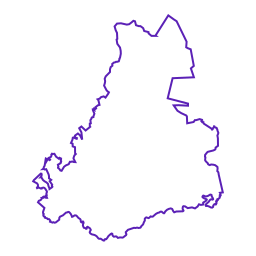 Landa de Matamoros, Querétaro, Mexico (Albers equal-area conic projection)
{"feature_id": "50627088B98112130077485", "entity_name": "Landa de Matamoros", "entity_type": "district", "adm_level": 2, "iso_a3": "MEX", "parent_name": "Mexico", "parent_adm1": "Querétaro", "projection": "albers", "projection_center": [-99.184, 21.282], "detail": "fine", "context": "isolated", "style": "outline", "palette": "violet", "viewbox_px": 256, "rotation_deg": 0, "n_neighbors": 0, "source": "geoboundaries", "source_scale": "gbopen_adm2", "svg_char_len": 5829}
<svg xmlns="http://www.w3.org/2000/svg" viewBox="0 0 256 256"><path d="M141.2,226.3L143.1,224.4L143.9,222.2L144.8,220.6L144.8,218.7L145.7,217.7L146.3,217.4L148.5,218.1L149.2,217.8L150.6,216.4L151.8,216.7L152.8,216.6L155.9,213.9L157.7,212.9L159.2,212.5L160.4,211.7L161.7,211.7L163.4,213.1L164.0,213.3L164.4,213.0L165.2,211.5L167.0,209.8L168.8,208.9L170.8,208.4L172.2,209.0L173.3,211.3L174.2,212.3L176.4,211.5L182.8,211.3L183.4,210.9L183.5,210.5L182.7,209.1L182.6,208.2L182.9,206.7L183.4,206.2L185.1,206.4L187.7,208.1L192.0,207.4L195.0,208.4L197.6,206.5L199.0,204.3L200.8,204.9L203.1,204.6L203.4,204.1L203.1,203.0L203.2,202.6L205.6,201.1L206.3,200.4L206.8,199.7L206.6,199.3L204.3,198.4L202.6,197.3L202.5,196.5L203.1,195.7L203.6,195.6L205.3,196.4L206.2,196.4L207.8,196.0L210.2,194.6L211.0,194.7L211.6,195.1L211.7,196.3L212.8,198.1L213.1,198.9L213.1,199.3L212.6,199.6L211.1,199.3L210.4,199.6L209.7,200.3L208.7,201.8L206.4,203.8L205.8,204.6L205.6,205.3L206.0,206.0L207.4,205.9L209.1,206.5L211.0,207.5L212.2,207.6L213.1,206.9L213.3,205.5L214.4,204.2L215.5,203.9L215.9,204.4L216.0,204.3L216.5,203.2L216.2,201.8L216.7,201.7L216.8,201.5L216.4,201.0L216.4,200.6L217.6,200.0L217.3,199.3L217.4,199.1L217.8,199.1L218.2,199.4L218.7,198.5L219.6,197.9L219.9,196.9L219.7,196.3L220.2,196.1L220.7,195.2L220.0,194.7L220.3,194.2L220.4,193.5L220.0,192.8L222.8,192.4L218.7,174.5L218.5,173.0L218.2,172.0L217.3,171.1L217.6,168.4L217.4,166.9L215.2,165.2L213.3,164.7L211.1,164.5L209.8,165.1L208.6,164.6L208.1,164.2L207.9,163.4L205.7,161.2L205.1,160.1L205.4,157.3L205.0,156.8L205.1,154.9L207.2,152.3L207.9,151.8L213.2,150.5L214.8,149.8L215.5,149.0L215.6,147.6L218.0,145.8L217.9,138.3L217.4,135.5L218.2,133.6L218.3,132.6L217.5,130.7L217.3,129.4L216.7,128.6L216.8,128.2L216.0,127.6L214.6,127.3L214.4,126.4L214.1,126.3L213.8,127.2L213.2,127.8L212.6,129.3L212.1,129.6L211.3,128.5L203.9,123.7L203.4,122.7L202.9,122.5L203.1,122.2L202.4,122.0L202.5,121.4L202.3,121.3L202.0,121.7L201.4,121.2L201.9,119.8L199.6,119.1L196.2,120.1L194.9,120.1L193.6,122.0L187.2,123.3L186.9,116.5L186.3,115.5L181.2,113.1L177.5,110.8L173.7,105.4L178.5,105.2L188.0,105.7L188.0,103.6L167.7,98.3L172.6,78.2L193.9,77.3L190.9,68.4L193.8,65.9L190.7,49.3L188.0,48.3L186.2,47.3L186.6,41.7L176.6,21.2L173.8,19.4L168.3,15.4L155.5,35.6L155.9,35.9L151.5,35.9L148.6,33.4L148.5,32.1L144.2,31.0L143.2,28.2L141.8,27.1L140.4,26.1L138.7,26.1L136.0,25.2L135.0,21.3L133.4,20.8L131.8,22.2L129.2,24.2L126.8,24.6L121.0,23.3L117.0,23.6L114.6,26.4L115.7,30.2L117.0,32.9L117.3,38.9L116.6,39.5L117.3,43.8L120.0,47.5L120.7,50.9L120.8,53.8L120.0,57.8L119.4,58.6L119.5,59.0L118.8,61.3L117.1,61.8L116.0,61.8L115.2,62.3L113.8,62.6L112.2,64.0L112.4,65.7L110.7,67.1L110.0,69.3L110.0,72.0L105.7,76.4L104.7,78.8L105.1,80.9L105.1,81.7L104.8,83.3L104.1,85.6L106.5,90.2L107.6,91.4L108.9,92.3L108.4,93.4L105.5,97.6L103.7,96.4L103.0,96.6L101.4,97.0L100.7,97.4L99.8,98.6L97.6,99.3L98.4,100.2L99.5,104.9L97.9,105.3L95.5,107.2L96.1,108.4L95.5,108.9L94.1,108.4L93.9,109.0L94.1,109.6L93.5,109.2L92.8,109.3L92.9,110.2L94.4,113.7L93.5,116.1L93.4,117.1L92.1,117.3L91.6,117.8L91.5,118.5L90.4,120.2L90.8,123.3L89.8,123.6L89.8,126.2L90.2,126.8L85.6,130.5L81.4,126.5L79.2,128.2L81.4,132.3L82.2,139.6L80.0,135.3L77.9,133.5L75.1,135.5L74.8,136.2L75.4,137.5L76.9,138.1L76.7,138.8L76.0,138.6L73.6,137.5L72.8,137.7L72.4,139.9L71.0,143.0L72.6,143.7L72.7,146.4L75.0,147.2L75.1,153.3L75.8,154.0L74.4,155.4L73.6,157.7L73.5,158.5L75.3,162.1L73.7,162.0L72.2,161.5L70.7,161.9L69.9,161.8L68.7,164.2L65.9,165.4L64.1,166.7L61.6,170.8L60.4,170.5L59.3,168.9L58.1,168.0L58.0,167.4L58.4,166.7L57.9,164.7L60.6,163.2L60.9,162.5L61.0,161.9L60.9,161.9L61.2,161.2L60.8,160.6L61.0,159.5L60.7,159.3L61.0,158.5L59.5,157.8L58.8,158.7L56.1,156.7L54.4,153.8L52.7,154.0L52.0,153.7L51.3,154.7L51.5,155.7L50.8,157.0L48.6,157.9L48.2,158.5L48.9,158.2L50.1,159.7L49.6,160.1L49.0,159.6L48.2,159.6L47.8,159.1L46.4,161.5L46.4,160.9L46.8,160.2L45.9,159.3L46.4,158.8L45.8,158.5L44.6,165.8L43.8,167.1L43.6,168.4L42.8,169.1L44.2,169.0L44.7,169.5L46.2,169.2L48.6,174.4L49.0,176.1L49.0,178.3L51.2,179.9L49.7,181.2L52.2,184.7L51.8,185.9L52.4,186.8L52.0,187.3L49.5,189.0L49.4,188.2L48.6,186.4L47.9,183.7L46.3,182.3L44.4,181.2L42.8,179.8L42.2,178.6L41.7,178.1L41.4,176.9L40.7,177.1L41.2,176.4L41.7,175.0L41.6,174.1L41.3,173.4L41.3,172.8L41.2,173.2L33.8,180.2L33.2,181.3L37.1,183.4L37.9,184.7L38.0,186.2L36.9,187.8L37.1,188.2L38.5,187.6L39.4,187.8L40.9,188.6L41.8,188.5L42.0,187.9L43.4,187.6L44.4,187.9L45.3,188.8L46.9,191.4L46.8,192.5L46.4,193.3L46.7,195.2L46.1,195.4L47.0,197.8L46.0,197.8L45.7,197.2L45.0,196.5L43.9,196.6L43.9,197.2L43.1,197.2L43.2,197.8L41.8,197.9L42.0,198.2L41.5,199.0L40.6,200.1L38.8,200.8L38.0,202.3L44.4,207.9L43.0,212.1L43.2,213.5L43.6,213.8L43.4,214.4L43.6,214.7L43.3,215.2L43.7,216.3L44.9,216.8L44.9,217.7L47.4,218.5L47.7,219.1L49.2,219.2L50.3,220.6L50.0,221.7L51.2,222.1L52.5,222.6L53.3,222.2L54.6,222.7L55.8,222.4L59.2,219.7L59.3,217.9L60.0,216.7L63.0,215.3L66.0,212.6L67.2,212.4L68.2,211.9L69.1,212.1L70.6,213.7L71.6,215.6L72.0,216.8L72.6,216.7L74.6,215.4L75.9,215.4L76.7,215.9L78.4,217.9L80.2,219.1L80.6,219.8L80.8,221.5L81.1,222.1L81.7,222.4L82.7,221.5L83.2,221.6L83.6,222.9L83.1,223.8L82.9,225.6L83.8,227.7L85.3,228.1L86.0,228.8L86.4,228.8L86.7,228.6L87.0,227.1L87.6,226.8L89.8,228.2L90.7,229.6L90.7,230.2L90.1,231.1L89.7,232.2L90.2,233.3L91.7,234.3L94.6,235.0L95.7,235.6L96.7,236.3L98.3,238.3L99.1,238.8L100.7,238.7L103.0,240.3L103.9,240.6L104.4,240.4L104.6,239.5L105.1,239.1L106.3,239.1L107.2,238.0L108.4,236.1L110.7,234.0L111.7,233.5L112.3,233.8L112.5,235.2L112.9,235.9L113.9,236.7L115.7,236.4L116.5,236.5L117.9,237.9L120.0,237.4L122.7,237.6L123.4,237.2L126.1,235.1L126.4,234.2L125.8,232.9L125.8,232.1L128.0,229.8L134.0,227.8L135.4,228.0L137.1,227.6L138.5,228.0L140.3,227.7L140.7,227.4L141.2,226.3Z" fill="none" stroke="#5b21b6" stroke-width="2"/></svg>